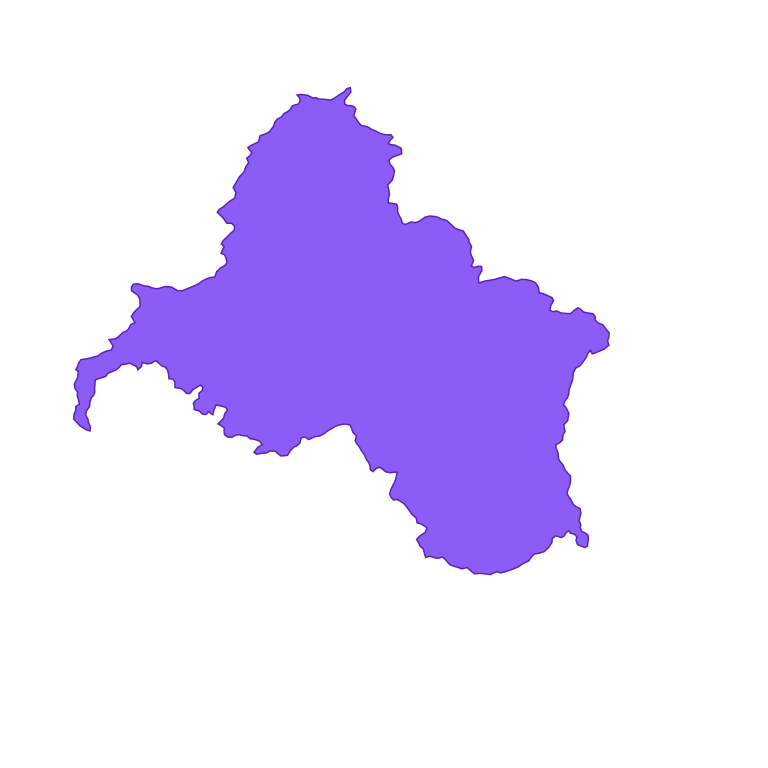 Pedra Branca, Ceará, Brazil, rotated 37°
{"feature_id": "56859067B74270575685273", "entity_name": "Pedra Branca", "entity_type": "district", "adm_level": 2, "iso_a3": "BRA", "parent_name": "Brazil", "parent_adm1": "Ceará", "projection": "robinson", "projection_center": [-39.867, -5.521], "detail": "fine", "context": "isolated", "style": "filled", "palette": "violet", "viewbox_px": 768, "rotation_deg": 37, "n_neighbors": 0, "source": "geoboundaries", "source_scale": "gbopen_adm2", "svg_char_len": 6170}
<svg xmlns="http://www.w3.org/2000/svg" viewBox="0 0 768 768"><g transform="rotate(37 384 384)"><path d="M178.8,167.6L176.5,170.6L176.5,174.6L174.2,179.9L172.8,184.3L170.7,189.3L164.9,192.6L160.6,195.6L157.6,196.2L155.0,198.4L149.3,199.3L143.2,203.0L140.7,205.5L143.8,206.1L146.4,207.8L147.3,211.6L143.5,216.8L143.8,221.7L142.9,225.0L141.5,227.9L141.3,232.8L139.3,236.8L139.3,240.8L140.7,244.9L140.7,251.5L139.0,255.3L135.6,260.3L138.1,266.1L134.6,272.8L133.1,277.1L136.0,278.1L139.0,278.6L139.6,282.0L138.4,286.4L142.7,288.6L143.0,294.1L144.6,298.5L143.8,306.1L144.4,309.5L145.2,317.7L150.6,320.3L152.9,325.4L150.7,331.1L149.8,335.6L148.9,339.6L147.3,343.6L147.5,347.2L155.2,348.1L161.7,350.2L165.5,347.4L169.9,347.9L171.8,351.5L170.7,356.3L170.1,361.6L169.3,366.1L169.8,370.1L173.8,370.5L174.4,374.5L175.2,377.7L178.9,376.7L183.3,379.4L185.8,381.9L185.3,385.9L183.6,389.6L182.8,394.8L184.4,400.2L181.1,403.7L178.8,407.1L176.9,411.2L175.8,415.0L173.5,419.6L170.1,425.3L166.9,430.7L163.6,433.6L156.0,434.5L151.3,437.2L148.9,440.0L146.8,443.1L144.5,445.1L140.7,446.9L137.0,447.7L133.7,449.9L127.0,452.1L123.9,455.0L123.9,458.4L126.1,461.4L129.7,461.4L133.9,461.2L138.4,463.5L142.5,468.9L141.3,476.2L141.5,482.1L144.9,483.4L148.2,484.9L146.0,488.7L146.8,493.5L146.5,496.8L144.6,499.8L143.2,507.0L142.0,510.1L137.7,513.9L141.4,515.4L144.9,516.7L145.7,521.1L142.3,525.0L140.1,529.1L138.4,534.3L136.2,536.6L133.9,540.0L131.0,543.2L127.3,547.0L127.6,551.2L128.7,554.3L129.3,558.1L132.3,557.9L135.4,563.2L136.7,570.4L139.9,573.5L144.0,574.8L146.3,578.3L149.9,580.7L152.8,583.5L151.4,587.5L153.5,590.0L154.7,594.8L157.1,598.7L161.4,599.4L165.9,600.4L169.2,600.1L173.0,599.9L177.4,598.5L175.4,594.9L171.5,592.8L168.9,590.4L164.2,588.2L162.5,584.4L162.5,579.3L160.1,575.6L158.5,571.1L158.9,568.0L158.0,564.7L155.7,562.0L151.0,554.6L153.5,550.5L157.1,545.6L157.1,541.6L159.2,538.0L161.7,533.6L162.4,530.5L162.5,526.8L165.5,523.7L168.4,520.4L172.3,519.7L176.1,519.0L179.0,520.7L179.7,516.0L177.9,512.3L183.0,510.3L185.8,507.2L187.5,502.6L191.7,502.9L195.9,503.3L199.0,502.2L202.3,502.9L205.6,505.3L209.2,509.3L212.3,507.1L216.2,508.4L219.1,512.6L224.8,509.7L228.7,509.8L232.1,510.3L234.6,508.4L234.9,502.9L236.4,499.6L238.0,495.4L241.3,495.7L242.8,498.6L241.8,502.9L245.0,506.6L243.5,510.3L243.3,514.1L245.9,516.2L247.8,518.7L252.8,516.7L257.1,517.3L260.2,515.4L260.7,511.6L265.8,511.6L263.8,507.0L262.5,501.9L266.1,500.1L271.4,497.9L274.7,498.9L274.7,503.7L276.4,507.5L276.1,511.1L275.4,515.8L279.0,515.2L282.9,515.3L284.8,518.0L287.1,520.4L291.1,520.4L294.7,518.1L296.1,514.4L298.6,511.8L302.4,510.2L306.1,507.9L310.1,508.3L313.7,506.2L318.7,504.6L323.3,505.6L321.3,510.3L321.3,516.7L324.4,516.9L328.2,512.7L331.7,509.7L333.3,506.1L337.6,503.1L341.0,503.5L345.1,503.5L349.8,499.1L349.3,493.3L349.9,488.7L351.5,486.0L352.4,481.9L350.3,476.9L352.7,473.9L357.2,473.7L360.6,467.6L364.0,464.0L366.1,459.4L367.3,455.0L368.9,451.4L370.6,447.1L372.9,443.7L375.3,440.9L377.6,439.0L381.6,437.2L385.0,439.0L388.2,441.3L393.2,442.0L395.1,446.6L397.9,448.0L401.8,449.0L406.5,451.0L411.4,452.5L415.4,454.9L419.0,455.9L422.1,457.8L424.7,460.7L428.0,460.5L428.7,455.7L430.7,453.1L433.5,452.9L438.1,453.1L442.3,451.2L444.7,448.8L447.5,446.4L449.0,449.4L450.4,452.5L451.6,455.7L452.0,459.1L453.1,464.7L454.9,468.7L457.7,470.2L461.4,470.9L463.8,468.4L468.0,467.7L472.2,467.5L476.8,468.7L484.6,471.2L490.4,471.6L494.0,475.0L497.8,473.4L501.1,473.2L505.1,472.9L506.1,478.1L504.2,483.4L503.6,488.5L507.3,490.0L510.5,492.0L514.4,491.9L518.2,494.9L521.6,497.5L524.1,494.0L529.8,492.0L532.3,490.4L534.9,486.9L538.9,487.3L542.7,488.2L545.7,488.5L548.8,487.8L552.7,486.2L557.5,484.7L560.9,480.5L565.3,481.0L570.5,481.1L574.6,477.5L580.3,474.0L583.7,472.1L585.4,468.8L587.1,466.1L590.7,464.7L593.4,461.6L596.8,456.6L601.0,449.9L602.9,444.3L606.1,437.9L605.8,434.4L606.3,429.5L610.0,425.4L612.8,421.4L613.9,415.2L613.5,409.5L611.4,406.2L612.5,401.8L617.8,400.1L619.4,396.9L618.9,393.0L619.9,390.0L622.6,390.9L626.5,389.4L629.9,390.0L631.6,393.5L635.2,395.8L638.7,394.9L642.5,393.9L644.1,391.2L642.4,388.5L640.6,384.8L637.7,381.9L634.4,381.9L630.5,382.8L627.3,380.6L625.8,377.9L622.0,375.7L618.9,368.5L615.6,365.5L610.2,366.4L607.2,366.1L602.6,363.7L599.3,362.9L595.9,361.1L594.5,357.4L592.5,351.0L590.5,348.1L588.1,345.1L585.2,344.9L580.3,343.6L575.4,340.8L571.4,340.0L568.5,338.7L564.9,334.7L560.3,331.7L557.8,329.4L559.7,325.0L560.3,321.4L557.8,317.4L557.1,312.8L554.6,310.9L552.1,308.2L552.7,302.6L549.3,296.2L543.4,293.2L539.8,292.5L538.7,288.5L538.8,285.1L537.9,281.4L535.3,277.4L532.1,267.1L528.6,261.4L527.5,256.1L529.4,251.7L529.7,248.2L529.4,240.4L528.3,236.7L528.6,233.0L532.1,234.6L534.4,231.4L536.1,228.3L538.7,224.1L540.3,217.7L536.6,215.0L535.3,211.3L532.9,207.6L528.8,206.7L523.3,205.0L518.7,206.4L514.5,206.0L512.3,203.2L508.6,202.1L504.4,204.4L500.2,206.4L496.0,206.0L493.0,206.4L491.4,211.4L490.7,215.5L487.4,217.8L482.5,220.8L477.9,221.7L475.5,224.6L472.1,225.2L469.9,220.8L469.3,215.5L466.3,213.9L462.4,214.7L456.4,216.1L453.1,217.7L448.7,213.6L443.9,212.0L439.5,212.9L435.2,214.8L431.0,217.5L427.5,222.4L423.1,223.5L415.8,225.6L412.9,229.1L410.3,232.8L406.8,236.7L402.5,241.2L399.0,246.2L396.5,243.7L394.8,241.1L393.9,234.4L391.2,231.4L388.0,233.5L386.2,236.5L382.9,237.3L381.0,231.2L377.2,229.3L373.8,227.0L371.0,221.4L366.8,219.6L364.3,217.3L360.0,216.0L355.3,214.1L351.0,215.7L347.1,216.8L343.1,216.4L336.2,215.7L333.4,216.4L330.6,217.8L327.8,218.0L323.9,219.5L319.1,222.6L316.3,226.3L315.2,229.6L314.2,232.7L311.9,236.4L308.1,238.3L306.2,241.8L304.5,244.3L301.1,244.1L298.4,241.9L295.8,240.9L291.2,238.4L288.4,234.4L285.8,232.8L278.3,236.7L275.9,233.2L274.0,228.9L271.5,226.5L267.2,222.9L267.8,216.1L266.3,211.8L264.0,207.4L260.8,205.7L256.5,204.8L253.2,202.3L254.2,197.8L257.9,192.1L259.6,189.6L256.0,185.4L249.1,186.6L245.6,188.6L242.8,189.5L242.2,185.4L242.8,181.7L239.6,180.8L236.6,183.1L233.5,184.9L229.1,186.4L224.9,187.0L220.9,188.1L216.7,188.4L213.6,189.5L210.2,191.2L206.4,190.5L202.7,189.1L198.2,187.7L196.2,181.6L193.2,180.5L190.4,181.4L187.2,183.5L184.4,184.2L181.7,181.2L181.7,176.9L181.9,171.0L178.8,167.6Z" fill="#8b5cf6" stroke="#5b21b6" stroke-width="1.5"/></g></svg>